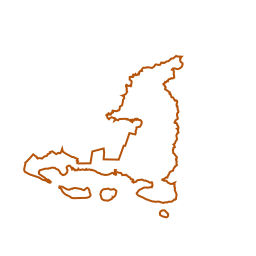 the district of South East Santo, Sanma, Vanuatu, rotated 117°
{"feature_id": "77236927B70121045858985", "entity_name": "South East Santo", "entity_type": "district", "adm_level": 2, "iso_a3": "VUT", "parent_name": "Vanuatu", "parent_adm1": "Sanma", "projection": "mercator", "projection_center": [167.149, -15.403], "detail": "fine", "context": "isolated", "style": "outline", "palette": "amber", "viewbox_px": 256, "rotation_deg": 117, "n_neighbors": 0, "source": "geoboundaries", "source_scale": "gbopen_adm2", "svg_char_len": 5917}
<svg xmlns="http://www.w3.org/2000/svg" viewBox="0 0 256 256"><g transform="rotate(117 128 128)"><path d="M176.4,177.2L179.7,176.7L181.4,177.1L181.6,178.7L183.9,180.1L183.2,185.0L185.0,186.6L185.7,185.9L188.0,187.8L188.8,187.5L189.8,187.7L191.2,189.5L194.4,190.8L194.6,192.4L195.4,193.9L196.2,194.5L196.1,195.4L195.4,195.8L194.5,200.5L199.8,201.8L205.3,203.6L205.3,203.3L205.4,203.5L211.6,201.9L213.0,201.1L213.8,200.0L214.0,194.7L212.5,184.9L212.9,180.8L212.1,177.2L212.5,174.6L212.3,172.8L211.7,172.3L211.0,172.4L210.2,175.4L210.6,176.1L210.6,177.2L211.4,177.2L211.7,177.9L210.7,178.3L210.1,179.3L209.4,186.0L209.0,186.8L207.5,187.2L207.3,187.6L205.7,187.4L201.8,183.2L200.4,180.5L199.6,180.0L199.1,178.8L198.3,178.4L197.6,177.4L197.1,175.7L196.7,175.3L197.1,173.3L196.8,171.3L197.7,169.3L199.0,167.8L199.6,164.7L198.1,163.0L195.4,162.1L193.0,162.8L191.2,164.8L189.8,164.7L188.3,163.5L188.1,162.3L189.3,160.2L188.6,159.5L188.6,159.0L189.0,158.5L189.6,158.6L189.4,158.1L189.8,158.2L189.1,157.2L189.1,156.8L189.8,156.1L188.8,154.3L188.3,154.3L187.7,153.5L187.0,153.6L187.4,152.9L187.1,151.4L185.7,150.1L184.9,147.2L183.4,146.5L183.9,145.4L182.4,143.6L182.3,142.0L181.7,141.4L181.9,141.0L181.3,139.1L181.2,137.0L181.7,134.7L181.0,132.9L181.4,131.2L180.1,126.7L178.4,124.2L175.1,121.6L174.8,120.4L175.4,119.7L174.8,119.0L175.3,118.8L175.3,117.6L174.8,117.5L174.3,117.9L174.4,118.8L174.0,118.8L173.2,119.8L172.2,120.4L171.3,120.6L171.0,119.7L172.8,119.8L173.5,119.3L172.2,117.5L172.0,115.7L171.2,113.8L172.6,111.7L171.8,110.7L171.2,109.1L169.9,108.0L170.6,108.4L171.0,108.1L170.7,107.2L171.4,104.9L171.1,104.1L171.6,102.9L172.3,102.4L172.4,101.7L171.8,101.0L171.7,100.0L172.4,99.4L173.9,99.7L174.1,98.2L171.8,96.2L171.1,96.3L170.0,95.6L167.6,92.1L167.5,89.6L166.9,88.7L166.6,86.1L166.8,83.7L165.6,82.3L165.6,81.8L168.0,80.1L168.9,80.3L169.4,79.8L170.0,79.9L170.7,81.4L171.7,82.4L173.7,86.6L178.2,89.9L182.2,90.7L183.1,89.4L183.5,87.7L183.1,83.0L183.3,80.2L182.4,73.2L180.9,69.2L179.7,67.5L178.7,62.4L177.5,61.4L176.5,59.3L175.1,58.2L174.4,56.5L173.3,55.3L170.6,54.2L170.6,53.6L169.7,53.0L165.2,54.5L161.9,58.3L159.9,59.0L159.1,60.2L157.7,60.5L156.8,61.5L155.4,61.5L156.5,62.5L157.3,62.5L158.5,64.7L158.5,68.0L157.6,69.7L158.5,71.8L158.7,73.8L158.2,74.1L157.2,72.7L155.0,71.8L154.5,71.3L154.3,70.4L151.9,70.8L151.0,70.4L148.7,70.8L147.0,69.9L145.5,68.5L143.1,69.0L141.6,68.5L140.9,68.7L139.0,67.5L137.6,68.8L135.9,69.3L135.3,70.2L134.3,70.2L133.9,71.2L132.0,71.0L129.9,75.2L129.9,76.2L127.0,78.2L126.1,78.0L124.9,78.6L123.8,77.6L122.5,78.8L122.0,80.0L120.4,79.2L117.9,79.5L116.0,79.1L112.5,81.6L110.4,81.7L109.8,81.1L109.0,81.0L108.1,82.2L107.0,82.5L106.4,84.0L105.6,83.0L104.4,83.4L103.8,84.5L103.1,84.8L102.9,85.7L101.9,86.4L101.6,87.1L102.2,88.4L102.1,89.0L99.6,89.1L97.1,87.8L94.2,90.3L92.3,90.8L91.6,90.3L90.2,90.6L89.1,92.1L87.9,92.6L87.1,93.6L86.3,93.7L86.4,94.5L85.5,94.8L84.9,95.6L82.8,95.7L81.5,96.9L81.5,97.9L82.2,98.2L82.3,98.7L80.3,101.6L80.9,103.2L78.5,105.5L78.9,106.2L78.8,106.5L77.3,106.9L77.5,107.5L77.0,108.5L76.6,112.6L74.6,112.9L74.3,114.0L73.5,114.4L73.1,115.5L73.2,116.1L72.7,116.5L71.9,116.0L70.3,115.9L70.5,115.3L69.8,114.7L68.5,114.6L68.1,113.7L67.7,114.0L66.1,113.9L65.0,112.4L63.9,112.1L63.6,110.7L62.2,109.7L59.9,111.0L59.7,111.5L56.8,112.8L55.6,114.2L56.0,115.3L54.7,115.1L53.8,113.8L53.2,110.9L52.5,109.9L51.1,108.8L49.0,107.9L46.8,108.1L45.6,108.8L45.0,111.4L43.5,112.6L42.7,112.6L42.3,113.2L40.1,112.6L42.0,116.8L41.9,117.8L45.4,119.3L46.8,121.3L47.7,121.3L50.1,122.3L51.3,123.9L53.5,125.1L53.7,126.2L54.3,126.4L54.2,127.2L54.7,128.1L57.1,128.1L58.1,129.6L58.4,131.4L59.1,132.4L61.7,132.7L63.6,133.9L64.8,137.7L65.3,138.7L66.2,139.4L67.2,141.6L68.5,142.2L70.1,141.9L70.6,142.3L70.9,141.6L72.4,143.3L74.0,143.4L74.4,142.8L75.5,142.7L75.5,143.6L76.6,144.0L77.4,145.0L77.4,145.4L76.7,145.9L77.7,146.3L78.0,147.6L78.5,147.6L79.1,146.7L80.0,146.5L80.7,147.2L80.8,148.5L81.8,149.6L84.1,148.5L84.7,146.0L86.7,145.1L88.4,145.1L88.6,144.5L89.4,144.2L89.5,143.6L89.7,146.1L90.5,147.1L90.1,148.8L90.9,149.1L91.8,148.7L93.4,146.9L94.9,146.5L95.9,145.2L98.2,145.3L100.4,146.3L100.9,147.0L101.3,146.7L101.7,147.3L101.7,145.9L103.1,144.9L104.9,145.2L110.1,143.6L110.8,143.7L112.4,144.9L115.7,143.9L116.4,144.1L116.9,145.0L117.7,145.2L118.3,145.9L119.5,149.6L120.8,149.4L120.8,148.5L121.0,148.4L122.6,149.8L123.8,149.4L124.2,150.1L123.6,151.9L124.0,152.1L125.0,151.6L125.4,152.6L126.0,153.2L126.4,153.1L126.4,152.6L128.3,150.9L128.8,148.9L127.6,148.7L125.9,147.5L125.7,145.6L125.2,144.3L125.6,143.7L127.6,143.4L125.7,142.4L125.7,140.4L123.9,139.7L120.6,133.8L121.0,132.7L120.2,132.3L120.4,130.2L119.4,129.1L119.6,128.6L120.7,128.6L120.8,126.9L118.7,127.5L118.8,126.3L117.4,126.3L116.5,125.7L116.4,125.4L117.2,124.9L117.0,124.2L116.7,123.9L115.6,124.0L115.5,123.4L116.0,122.2L115.3,120.6L116.1,118.7L118.3,117.8L121.4,117.9L123.6,120.7L125.5,119.9L127.5,119.8L128.5,118.9L130.4,118.6L131.9,124.4L145.1,122.4L145.7,123.8L160.4,121.9L167.0,135.5L160.7,138.1L157.3,140.4L165.1,149.1L176.5,145.4L182.3,156.5L182.2,157.5L180.3,157.5L180.4,158.8L178.5,158.8L178.7,163.6L179.2,164.5L179.0,173.0L178.5,175.5L176.4,177.2ZM214.9,156.3L215.6,153.6L215.5,148.5L215.9,146.7L215.3,144.7L208.9,133.0L207.1,131.3L206.0,130.8L204.6,130.9L202.6,133.2L201.3,133.9L200.1,135.5L199.7,137.0L199.9,137.4L203.4,139.0L203.8,141.4L203.7,142.2L205.3,147.4L206.2,149.1L207.3,149.8L207.3,150.3L209.8,152.5L210.4,154.8L210.1,159.7L211.1,162.5L212.4,162.2L212.7,159.5L214.0,158.1L214.9,156.3ZM196.2,123.1L198.6,122.8L199.7,122.4L203.1,119.2L203.3,116.7L201.8,112.8L198.7,110.3L198.3,110.5L197.3,110.0L196.8,110.2L196.9,109.9L195.0,108.9L193.3,108.7L189.9,109.5L189.2,110.0L188.8,112.8L190.9,115.5L190.9,117.9L193.8,122.1L196.2,123.1ZM186.4,53.2L184.8,57.8L185.4,59.4L186.1,60.3L187.7,61.1L189.2,61.1L190.9,59.9L191.1,57.6L190.5,54.3L190.2,53.3L189.5,52.7L188.2,52.4L186.4,53.2Z" fill="none" stroke="#b45309" stroke-width="2"/></g></svg>